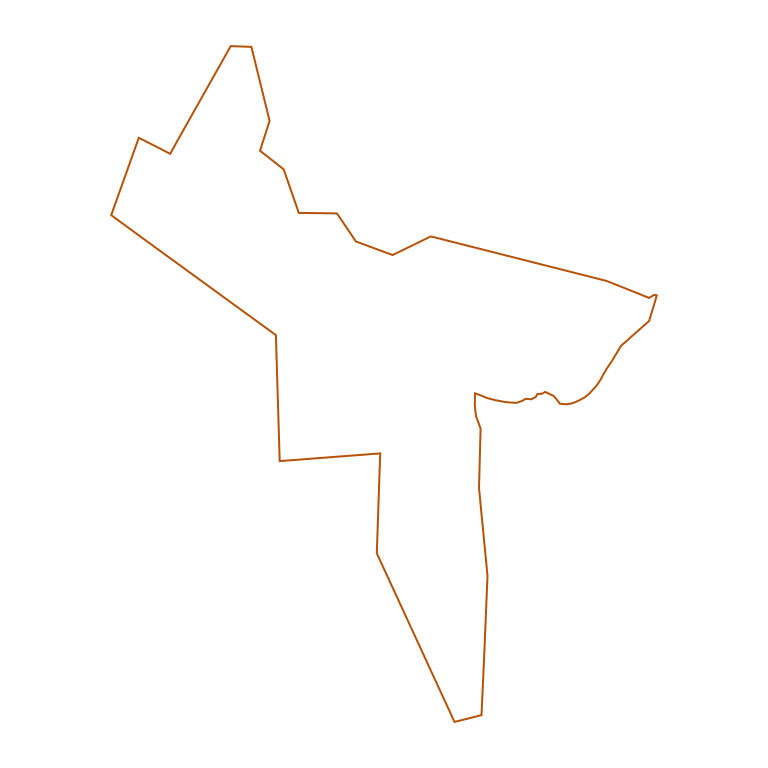 outline of São José do Peixe, Piauí, Brazil
{"feature_id": "56859067B40995132660641", "entity_name": "São José do Peixe", "entity_type": "district", "adm_level": 2, "iso_a3": "BRA", "parent_name": "Brazil", "parent_adm1": "Piauí", "projection": "mercator", "projection_center": [-42.491, -7.517], "detail": "fine", "context": "isolated", "style": "outline", "palette": "amber", "viewbox_px": 768, "rotation_deg": 0, "n_neighbors": 0, "source": "geoboundaries", "source_scale": "gbopen_adm2", "svg_char_len": 1025}
<svg xmlns="http://www.w3.org/2000/svg" viewBox="0 0 768 768"><path d="M606.7,281.0L540.5,264.2L430.8,236.4L395.4,253.7L392.5,255.0L378.4,249.8L355.9,241.5L337.0,213.4L298.8,212.9L283.7,169.4L260.0,150.7L269.6,120.9L251.4,46.9L230.7,46.1L178.4,139.0L170.2,153.8L138.8,137.8L111.2,215.2L156.5,248.3L275.9,335.1L279.7,461.1L340.9,456.4L343.8,456.2L380.2,453.4L376.8,553.3L454.5,721.9L470.6,717.9L481.5,715.1L484.2,655.7L487.5,575.7L479.0,488.0L480.6,428.6L478.7,423.4L476.2,416.7L475.5,412.3L474.8,404.7L475.0,393.3L481.3,395.6L487.5,398.2L495.5,400.2L506.1,402.2L516.4,402.9L521.6,401.1L525.9,398.8L531.2,399.3L535.6,397.2L537.5,393.9L541.9,393.8L545.1,391.9L553.6,395.9L556.1,398.6L559.8,403.7L566.2,404.3L571.5,403.5L574.7,402.4L579.9,400.0L584.6,397.4L588.3,394.5L592.8,389.8L596.0,386.3L597.8,383.9L601.2,378.6L603.7,373.7L607.1,368.1L611.6,361.5L619.7,348.0L621.3,345.5L627.0,340.7L630.5,337.4L649.1,321.0L654.5,303.2L656.8,295.3L653.8,295.0L649.1,297.9L606.7,281.0Z" fill="none" stroke="#b45309" stroke-width="2"/></svg>